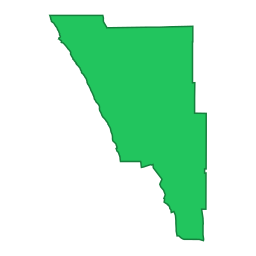 the district of Wanneroo, Western Australia, Australia
{"feature_id": "25037944B9363307042095", "entity_name": "Wanneroo", "entity_type": "district", "adm_level": 2, "iso_a3": "AUS", "parent_name": "Australia", "parent_adm1": "Western Australia", "projection": "mercator", "projection_center": [115.695, -31.653], "detail": "fine", "context": "isolated", "style": "filled", "palette": "green", "viewbox_px": 256, "rotation_deg": 0, "n_neighbors": 0, "source": "geoboundaries", "source_scale": "gbopen_adm2", "svg_char_len": 5123}
<svg xmlns="http://www.w3.org/2000/svg" viewBox="0 0 256 256"><path d="M192.8,26.3L185.0,26.5L170.6,26.8L159.9,27.2L148.3,27.2L106.8,27.8L106.8,27.5L106.7,27.3L106.5,26.9L106.0,26.1L104.0,22.7L103.5,21.8L103.4,21.4L103.4,21.1L103.3,19.7L103.4,18.6L103.4,18.0L102.8,15.4L49.8,15.4L50.2,16.4L50.2,16.5L50.3,16.7L50.3,16.8L50.5,17.3L50.5,17.7L50.7,17.9L50.8,18.2L50.7,18.4L50.7,19.0L51.0,19.4L51.2,19.8L51.3,20.1L51.4,20.7L51.3,20.8L51.3,21.0L51.6,21.4L52.0,21.7L52.1,22.0L52.4,22.2L52.9,22.4L53.2,22.7L53.9,23.2L54.2,23.6L54.3,23.8L54.4,24.1L54.5,24.3L54.6,24.6L54.8,24.8L55.1,25.2L55.3,25.4L55.5,25.6L55.6,26.1L55.9,26.5L56.4,26.9L57.0,27.9L57.2,28.3L57.3,28.5L57.4,28.9L57.4,29.1L57.7,29.8L58.0,30.1L58.2,30.5L58.4,30.7L58.5,31.0L58.7,31.3L58.8,31.8L58.9,32.0L59.1,32.5L59.3,32.9L59.5,33.4L59.6,33.5L59.5,34.0L59.6,34.9L59.6,35.0L59.8,35.3L60.0,35.5L60.2,36.3L60.4,36.7L60.4,36.8L60.2,37.2L59.8,37.6L59.5,37.9L59.3,38.0L59.0,38.2L59.1,37.9L58.9,38.0L58.9,38.3L59.0,38.8L59.2,39.0L59.3,39.2L59.9,39.8L60.4,40.2L60.9,40.3L61.3,40.6L61.5,40.9L61.5,41.2L61.5,41.5L61.2,42.2L61.2,42.3L61.3,42.4L61.5,42.5L62.1,42.6L62.5,42.7L63.2,43.0L63.8,43.5L64.2,43.9L64.3,44.2L65.0,44.9L65.8,45.8L66.4,46.6L66.6,46.8L66.8,47.1L67.3,47.7L68.0,48.8L68.4,49.2L68.6,49.3L68.9,49.7L69.3,50.1L69.9,51.0L70.1,51.1L70.6,52.0L70.6,52.3L70.7,52.5L70.7,52.8L70.6,53.3L70.6,53.5L70.6,53.8L70.6,54.2L70.6,54.3L71.2,55.2L71.2,55.3L71.2,55.6L71.5,56.0L72.0,56.8L72.2,57.1L72.3,57.3L72.7,57.9L72.8,58.1L72.9,58.4L72.9,58.6L72.9,58.9L72.9,59.1L73.1,59.3L73.4,59.3L73.5,59.4L73.7,59.6L73.9,59.8L74.0,60.0L74.0,60.3L74.7,61.2L74.9,61.3L75.4,62.0L75.5,62.0L76.1,62.8L76.3,63.0L76.6,63.5L76.7,63.8L76.6,64.0L76.4,64.0L76.8,64.6L77.1,64.8L77.4,65.0L77.6,65.3L78.5,66.2L78.8,66.6L79.1,67.0L79.3,67.3L79.6,67.5L79.9,67.8L80.0,68.3L80.3,68.9L80.4,69.1L80.5,69.7L80.9,70.3L81.2,70.6L81.4,70.9L81.5,71.2L81.5,71.3L81.4,71.6L81.4,71.9L81.6,72.6L81.7,72.8L81.8,73.0L82.8,73.7L83.1,74.2L83.4,74.5L83.6,74.9L83.8,74.9L84.2,75.6L84.3,75.7L84.6,76.2L84.7,76.4L84.8,76.6L85.0,77.0L85.3,77.5L85.5,77.6L85.6,77.9L85.9,78.2L86.3,78.9L86.4,79.2L86.4,79.4L86.6,79.9L86.8,80.4L86.8,80.8L87.2,82.0L87.2,82.4L87.1,82.5L87.3,82.9L87.6,83.7L87.8,84.1L87.9,84.3L88.3,84.7L88.7,85.4L88.9,85.6L89.2,86.3L89.4,86.8L89.8,87.6L90.1,88.1L90.5,89.0L90.6,89.5L90.9,90.2L90.9,90.4L91.1,90.7L91.7,91.8L91.9,92.2L92.3,92.9L92.5,93.5L92.8,94.1L93.1,94.7L93.1,95.0L93.6,95.8L93.7,96.2L93.7,96.3L94.0,97.1L94.1,97.5L94.2,97.9L94.2,98.1L94.5,99.3L94.7,99.5L95.0,99.7L95.1,99.9L95.9,101.4L96.1,101.7L96.2,101.8L96.4,102.4L97.0,102.8L97.4,103.1L97.9,103.8L98.0,103.9L98.1,104.1L98.6,104.6L98.8,105.0L99.3,105.9L99.4,106.1L99.4,106.5L99.5,107.1L99.5,107.8L99.4,109.0L99.5,109.2L99.6,109.8L99.6,110.1L99.7,110.3L99.8,110.6L99.9,110.8L100.1,111.3L100.3,111.5L100.6,112.2L100.9,112.6L101.1,113.2L101.6,114.3L101.8,115.0L102.1,115.7L102.4,116.1L102.6,116.5L103.1,117.3L103.4,117.4L103.8,117.9L104.0,118.2L104.2,118.3L104.5,118.7L105.2,119.4L105.4,119.7L106.0,120.6L106.2,120.8L106.2,121.0L106.5,121.3L106.9,121.9L107.2,122.2L107.3,122.3L107.7,122.8L107.9,123.5L108.0,123.9L108.0,124.1L108.0,124.3L108.5,124.8L108.7,125.2L108.9,125.7L109.5,126.6L109.9,127.4L110.1,127.7L110.2,128.1L110.3,128.2L110.4,128.3L110.5,128.9L110.6,129.3L110.6,129.5L110.7,130.1L110.8,130.3L110.9,130.6L110.9,130.8L111.0,131.5L111.3,132.4L111.4,132.6L112.1,134.3L112.2,134.7L112.2,134.9L112.3,135.1L112.4,136.1L112.4,136.3L112.5,136.7L112.5,137.5L112.5,138.1L112.5,139.2L112.6,139.5L112.7,140.2L113.0,141.0L113.4,141.4L114.0,141.9L114.5,142.4L115.1,143.0L115.5,143.4L115.8,143.7L116.0,144.1L116.1,144.5L116.2,144.9L116.2,145.0L116.3,145.1L116.5,145.6L116.5,145.8L116.7,146.1L116.9,146.7L117.0,147.1L116.9,147.2L117.0,147.5L116.8,147.9L116.9,148.0L117.0,148.3L116.8,148.5L116.3,148.5L116.2,148.4L116.1,148.5L116.3,148.8L116.5,149.6L116.8,150.4L116.9,150.8L117.1,151.2L117.6,151.6L118.2,152.1L118.3,152.4L118.7,153.2L118.9,153.9L119.1,154.4L119.4,155.3L119.7,155.8L119.7,156.2L119.8,156.4L120.0,157.1L120.1,158.2L120.2,159.4L120.3,160.3L120.4,160.9L120.5,161.5L120.9,161.5L140.6,161.5L140.7,162.0L140.9,162.8L141.1,164.9L141.4,167.4L143.8,166.9L144.3,166.7L150.3,164.7L150.6,164.6L150.8,164.7L151.5,165.0L152.3,164.7L152.7,164.6L153.0,164.5L153.3,167.8L162.0,179.2L160.2,183.2L159.8,184.3L160.8,186.9L163.6,190.2L165.3,194.8L163.9,198.4L164.5,198.7L164.4,200.6L164.1,202.1L167.4,204.3L167.5,204.6L167.8,204.4L169.5,206.7L169.9,208.6L170.5,209.3L171.0,210.0L171.1,212.0L171.4,212.4L171.4,212.5L173.9,211.5L175.3,214.9L175.4,215.3L175.5,215.8L175.9,220.6L175.9,223.2L176.2,228.6L176.2,231.0L176.4,232.1L177.1,235.9L177.7,235.8L178.1,235.8L178.4,235.8L178.9,236.0L179.1,236.1L179.5,236.4L180.5,237.4L181.0,237.8L182.6,238.8L183.4,239.1L184.0,239.3L184.3,239.3L185.9,239.3L199.0,239.4L199.7,239.5L203.4,240.6L203.6,239.6L203.6,239.0L203.1,235.6L203.0,234.7L203.0,225.3L203.2,223.7L203.0,219.3L203.0,218.4L201.6,209.2L205.9,209.2L206.0,173.0L204.6,173.1L204.6,168.9L206.1,168.9L206.2,132.4L206.2,113.4L194.6,113.2L194.6,97.8L194.8,82.7L192.5,82.8L192.5,41.8L192.8,41.8L192.8,26.3Z" fill="#22c55e" stroke="#15803d" stroke-width="1.5"/></svg>